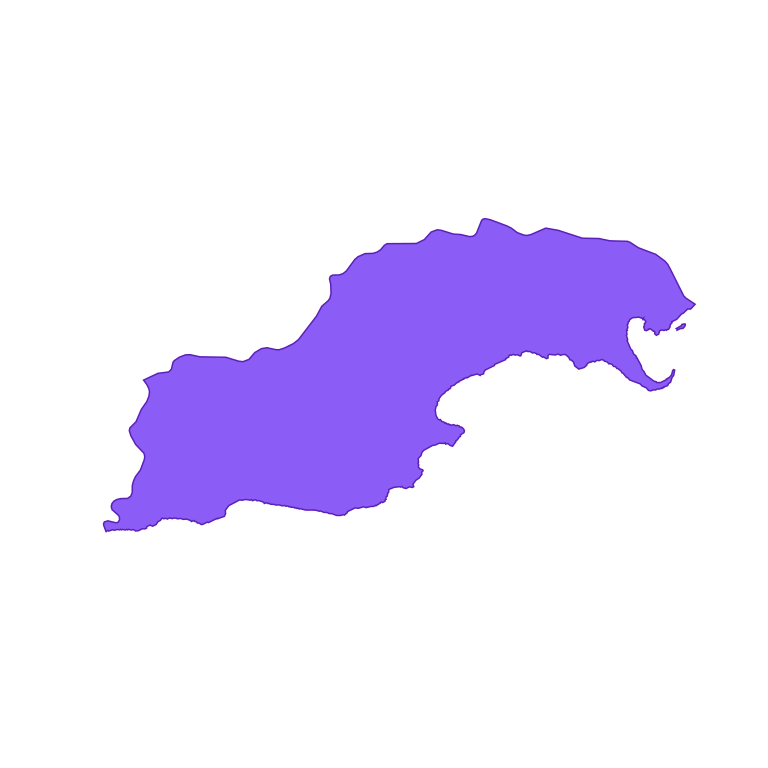 the district of Miches, El Seybo, Dominican Republic, rotated 154°
{"feature_id": "3306468B50398630049357", "entity_name": "Miches", "entity_type": "district", "adm_level": 2, "iso_a3": "DOM", "parent_name": "Dominican Republic", "parent_adm1": "El Seybo", "projection": "mercator", "projection_center": [-69.004, 18.966], "detail": "fine", "context": "isolated", "style": "filled", "palette": "violet", "viewbox_px": 768, "rotation_deg": 154, "n_neighbors": 0, "source": "geoboundaries", "source_scale": "gbopen_adm2", "svg_char_len": 6146}
<svg xmlns="http://www.w3.org/2000/svg" viewBox="0 0 768 768"><g transform="rotate(154 384 384)"><path d="M698.6,372.5L698.2,373.4L696.5,373.4L696.0,372.5L691.8,372.0L690.5,370.7L687.5,370.2L685.8,368.9L684.5,368.9L684.1,368.0L682.8,368.0L680.7,366.2L679.0,366.2L678.5,365.3L677.3,365.3L675.1,363.5L673.0,363.0L671.7,360.8L669.2,359.8L664.5,359.8L662.3,358.5L660.6,358.5L660.2,359.4L658.9,359.8L656.3,359.8L654.2,357.6L650.4,357.6L647.4,359.4L644.8,359.4L642.2,360.8L641.0,359.4L638.8,358.9L638.0,357.6L635.4,357.6L633.3,355.8L632.0,355.8L629.4,354.4L629.0,353.5L625.6,352.2L623.9,350.4L620.5,349.0L617.5,345.9L617.5,344.9L614.5,344.5L614.5,343.6L612.8,342.2L612.8,340.9L611.1,340.0L609.8,337.7L608.1,337.3L603.4,337.3L602.5,336.4L593.1,336.4L593.1,335.9L585.5,335.0L583.3,336.8L582.0,340.0L576.9,342.7L564.5,343.1L562.8,341.8L559.0,340.9L555.1,338.2L553.9,338.2L553.4,336.8L550.4,336.4L549.2,334.6L547.5,334.1L544.0,330.5L544.0,329.1L541.5,328.7L540.6,327.3L539.8,327.3L538.5,325.5L535.1,323.7L534.6,322.8L530.8,321.0L529.1,319.2L526.5,318.3L526.1,317.4L524.0,316.5L523.1,315.1L522.3,315.1L521.4,313.8L519.3,312.9L518.4,311.5L517.6,311.5L516.7,310.2L515.9,310.2L515.0,308.8L514.1,308.8L509.9,305.2L500.9,300.7L497.9,298.0L497.1,298.0L494.1,294.8L491.5,293.5L490.2,291.7L487.7,290.3L484.3,286.7L480.8,284.9L477.9,284.4L477.0,283.5L473.6,284.4L472.7,285.3L464.2,285.3L461.6,283.5L456.1,282.6L454.4,280.8L448.8,279.5L447.5,278.6L444.5,278.6L444.5,278.1L439.4,278.6L439.4,279.0L437.7,279.0L437.3,278.1L434.7,278.1L433.4,279.5L432.6,279.5L432.6,280.4L431.3,281.7L430.4,281.7L428.3,284.4L427.5,284.4L425.8,287.1L420.2,286.7L415.1,284.9L414.2,284.0L412.9,284.0L412.1,282.2L410.0,280.4L406.1,280.4L404.0,278.6L402.3,278.6L401.8,281.3L397.6,283.5L393.7,284.0L389.5,286.2L389.0,288.0L386.9,288.9L386.9,289.9L389.0,292.1L389.5,294.4L388.2,296.2L388.2,298.0L387.3,298.4L386.0,302.0L382.2,303.4L379.6,306.1L377.1,307.0L367.3,307.5L364.3,306.6L360.4,306.6L356.2,304.3L354.9,304.3L354.9,302.9L352.7,302.5L351.5,299.8L349.7,298.0L344.6,300.7L344.2,301.6L342.5,301.6L339.5,303.4L338.2,303.4L337.4,304.8L333.5,305.2L332.2,306.6L332.2,308.8L333.1,311.1L334.8,312.4L334.8,313.3L336.1,314.7L337.8,315.1L339.1,316.9L341.6,317.4L342.5,318.8L343.3,318.8L343.8,320.1L344.6,320.1L345.5,321.9L346.3,321.9L346.3,322.8L348.5,325.1L348.9,327.3L349.7,327.3L351.0,329.1L351.0,333.2L349.3,338.2L346.8,341.3L345.9,341.3L344.6,342.7L344.2,344.5L342.1,344.9L340.8,346.8L337.4,348.6L333.1,349.5L331.8,350.4L328.8,350.4L328.0,351.3L327.1,350.8L325.8,351.3L325.0,352.6L321.1,352.2L318.6,353.1L316.0,353.1L316.0,353.5L310.0,353.5L310.0,354.0L306.6,353.5L306.6,353.1L301.5,353.5L301.5,353.1L295.9,352.2L293.8,349.5L293.0,349.9L290.0,349.5L288.7,351.3L286.5,352.2L276.7,352.2L275.9,353.1L263.9,352.6L263.5,353.5L260.1,353.5L259.7,354.4L257.9,354.9L257.1,354.0L254.9,354.0L253.7,352.6L251.1,351.7L249.4,349.5L248.5,349.5L246.4,351.7L241.3,351.3L240.9,350.4L238.3,349.0L237.0,346.8L235.3,346.3L233.6,344.5L233.6,343.6L231.9,342.7L229.8,338.6L228.9,338.6L226.8,335.5L225.1,335.5L224.2,337.7L222.5,338.2L217.4,335.0L214.4,334.6L212.7,332.3L211.0,332.3L208.0,331.0L206.3,326.9L206.3,324.2L205.4,323.7L204.1,321.0L204.6,316.5L202.4,312.0L196.9,311.1L193.5,312.0L192.2,313.3L188.3,313.3L188.3,312.9L186.2,312.9L184.9,311.5L182.4,312.0L180.2,310.6L177.7,310.6L175.9,308.8L175.9,307.9L173.8,306.1L173.0,303.4L172.1,303.4L170.4,301.6L170.0,299.3L168.3,298.0L167.8,295.7L167.0,295.3L165.3,291.7L165.3,289.9L164.4,288.9L163.1,283.5L162.3,283.1L161.4,279.9L153.7,271.8L152.9,269.1L149.9,265.5L149.1,262.3L147.3,260.9L143.9,260.5L142.7,259.6L140.1,259.6L138.8,258.7L136.2,258.7L136.2,258.2L134.1,258.2L134.1,258.7L129.8,258.2L128.1,259.6L125.6,260.0L122.1,263.7L120.0,264.6L116.6,269.1L117.4,270.0L118.7,269.5L121.3,266.4L123.9,265.0L128.1,264.6L128.1,264.1L135.0,264.1L138.4,265.9L138.4,266.8L140.1,268.2L144.8,277.2L144.8,280.8L145.6,284.0L144.8,288.0L145.2,297.1L145.6,297.1L145.2,298.9L146.5,301.6L146.1,305.2L146.9,307.0L146.5,316.5L145.6,316.9L144.8,321.5L143.9,321.9L142.7,325.5L141.8,325.5L141.8,326.4L140.1,327.8L139.2,331.0L138.4,331.0L137.1,332.8L136.2,332.8L135.0,334.1L131.5,334.6L125.6,332.3L123.0,329.6L122.1,329.6L123.0,329.1L123.0,328.2L121.7,327.8L121.3,325.5L122.6,324.2L123.4,324.2L124.3,322.4L125.6,321.5L126.0,317.9L124.7,316.9L122.1,316.9L122.1,317.4L120.4,316.9L118.7,313.3L117.9,312.9L117.9,311.5L118.7,310.6L117.9,308.4L115.3,308.4L112.8,311.1L110.2,310.6L108.9,309.3L107.2,309.3L106.4,308.4L105.9,308.8L104.2,308.4L101.6,310.2L101.2,311.5L98.2,312.9L98.2,313.8L92.7,313.8L85.9,316.5L83.7,316.5L78.2,318.3L75.5,316.9L69.4,319.3L75.0,328.8L76.0,331.9L76.3,361.2L76.5,367.0L77.6,371.2L82.9,381.4L95.7,395.0L100.6,403.3L102.6,405.5L118.1,413.6L127.0,420.5L141.8,428.1L160.0,445.7L170.3,453.2L186.6,453.9L190.2,454.8L192.8,456.3L197.9,461.7L201.2,468.2L203.9,471.8L216.6,485.2L220.7,488.3L222.6,488.8L224.5,488.3L234.6,479.1L237.5,477.9L239.7,477.9L242.7,479.1L249.5,484.7L256.0,488.4L265.0,496.9L268.6,499.3L275.1,499.9L284.5,496.1L293.3,496.1L319.8,508.8L322.9,508.5L328.1,506.2L332.2,505.6L336.5,506.2L343.9,509.5L351.6,509.8L355.7,508.7L368.3,502.1L372.4,501.2L376.6,501.7L382.4,504.4L385.1,504.3L386.9,502.4L388.2,496.9L391.9,488.6L395.1,484.7L397.8,483.3L405.9,481.1L414.9,474.6L441.4,461.4L447.7,460.0L457.9,460.0L463.4,460.8L466.3,462.4L473.3,467.9L478.6,469.5L486.3,468.9L494.6,465.3L501.0,465.9L504.7,468.3L514.5,477.4L537.5,489.1L545.5,495.4L549.6,497.2L556.2,497.8L562.4,496.9L564.1,496.0L568.6,490.5L572.2,489.2L582.6,492.7L598.4,492.9L597.4,487.4L597.4,482.9L598.2,479.7L600.7,476.0L604.9,472.2L613.3,467.5L623.4,458.8L631.7,455.9L633.4,453.7L634.2,448.6L633.7,438.5L630.1,426.9L630.8,423.8L632.5,421.2L640.6,413.5L648.1,409.6L651.3,407.0L654.7,403.1L657.9,396.8L660.8,394.2L664.7,393.6L670.8,396.4L674.9,397.3L678.2,397.1L681.0,395.7L682.9,393.4L683.5,390.3L680.3,382.5L680.1,380.6L681.2,377.9L683.5,376.4L685.4,376.5L692.2,382.1L695.8,382.6L697.3,381.4L697.9,379.7L698.6,372.5ZM91.0,302.9L88.4,303.9L87.1,305.2L87.1,306.1L90.1,307.0L91.0,306.1L97.0,305.7L96.5,304.8L97.0,303.9L93.5,303.9L91.0,302.9Z" fill="#8b5cf6" stroke="#5b21b6" stroke-width="1.5"/></g></svg>